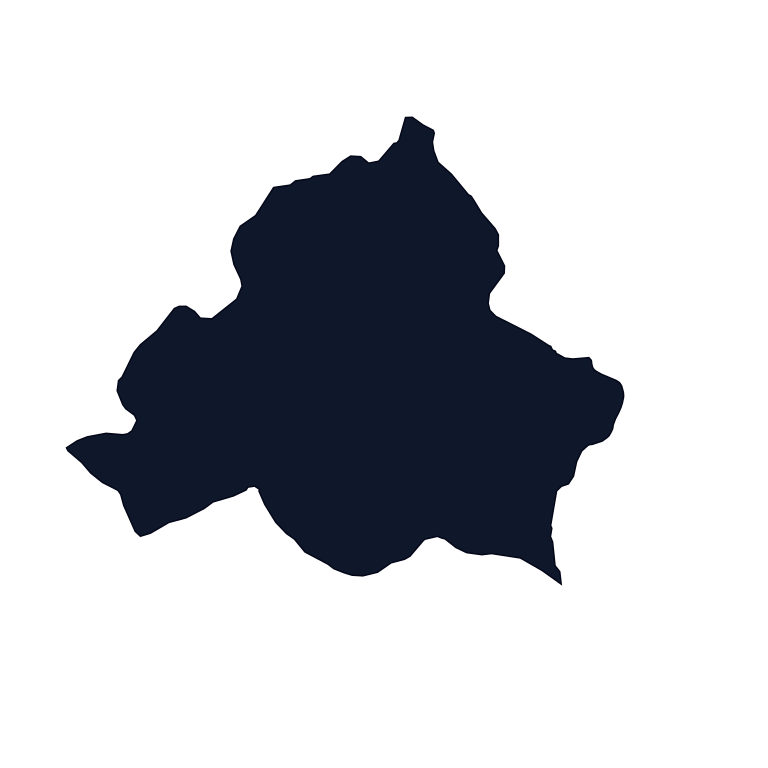 outline of Cabañas, Zacapa, Guatemala, rotated 118°
{"feature_id": "79465075B64001111402492", "entity_name": "Cabañas", "entity_type": "district", "adm_level": 2, "iso_a3": "GTM", "parent_name": "Guatemala", "parent_adm1": "Zacapa", "projection": "equal_earth", "projection_center": [-89.781, 14.891], "detail": "fine", "context": "isolated", "style": "filled", "palette": "ink", "viewbox_px": 768, "rotation_deg": 118, "n_neighbors": 0, "source": "geoboundaries", "source_scale": "gbopen_adm2", "svg_char_len": 2331}
<svg xmlns="http://www.w3.org/2000/svg" viewBox="0 0 768 768"><g transform="rotate(118 384 384)"><path d="M632.8,527.6L625.4,520.2L607.3,509.0L595.1,496.0L578.2,484.3L568.4,479.6L553.5,464.4L542.3,456.0L539.0,455.8L534.9,450.3L535.5,444.2L537.2,444.2L546.2,432.9L556.9,414.7L561.8,400.0L563.0,390.3L569.4,375.0L569.4,348.9L570.6,341.5L569.4,330.7L567.8,322.4L563.3,312.6L553.2,301.3L538.6,293.8L529.0,283.5L523.8,280.2L504.2,275.9L501.9,275.1L493.4,265.3L492.9,260.6L492.1,257.5L494.6,243.8L494.1,231.9L488.8,217.5L483.2,209.4L473.6,182.0L474.4,157.0L477.5,133.6L467.2,140.7L464.1,147.7L444.3,161.0L440.6,165.4L432.6,168.1L430.8,170.4L397.4,181.4L391.0,179.3L385.7,174.3L376.5,173.4L362.0,177.5L350.4,178.0L342.4,175.1L341.0,174.0L339.5,171.7L335.9,168.3L333.7,166.2L332.1,164.6L330.7,163.9L327.9,162.5L325.8,161.6L323.9,161.0L322.3,161.0L320.8,160.9L319.2,160.9L317.4,161.0L315.5,161.3L312.2,162.5L308.7,162.9L306.1,163.3L302.6,163.3L298.1,163.4L293.3,163.8L288.5,164.7L285.9,165.5L284.3,165.9L282.5,166.6L280.7,167.6L278.8,168.9L274.4,173.0L273.3,174.6L272.3,176.6L272.0,178.6L271.9,181.2L272.1,183.3L272.6,188.9L273.3,196.4L273.2,200.7L273.1,203.2L272.6,205.4L271.6,207.3L269.8,209.1L268.2,210.4L265.8,212.0L264.5,215.5L266.1,217.9L273.3,229.1L276.2,236.5L276.1,246.3L274.6,248.0L274.9,251.3L272.5,254.4L272.7,257.2L271.0,277.4L271.8,317.1L269.2,325.2L263.9,329.9L254.5,333.5L229.7,329.9L223.2,333.0L213.2,347.1L208.3,347.9L198.5,353.1L194.7,358.8L187.2,378.2L180.0,390.3L177.3,395.2L177.2,398.5L167.1,423.0L162.9,440.4L154.8,449.5L147.7,454.8L138.9,457.4L136.9,459.6L137.0,471.5L135.2,484.2L138.6,490.1L161.9,485.1L165.2,485.9L166.9,488.2L189.8,493.3L196.2,501.2L194.2,511.3L198.4,520.4L207.2,525.4L224.2,530.5L233.9,544.0L237.5,545.7L246.2,557.5L252.4,560.2L262.3,573.7L295.5,576.4L312.2,585.0L326.3,584.8L338.5,581.4L348.9,572.6L358.7,559.6L364.2,555.2L378.2,553.9L407.2,566.5L412.1,577.1L408.9,585.4L408.3,595.2L411.6,601.3L415.7,604.5L443.7,609.4L463.6,617.5L473.4,619.4L500.9,618.5L505.6,620.0L515.2,616.4L524.9,604.9L527.1,600.3L528.7,589.7L532.2,585.0L543.8,584.6L548.4,587.0L551.4,590.8L558.0,606.2L570.0,621.2L578.2,628.2L589.4,634.4L591.3,631.7L595.2,614.1L600.3,601.1L603.1,586.3L602.8,569.0L605.1,564.6L607.0,562.8L613.4,556.8L630.9,534.5L632.8,527.6Z" fill="#0f172a" stroke="#020617" stroke-width="1.5"/></g></svg>